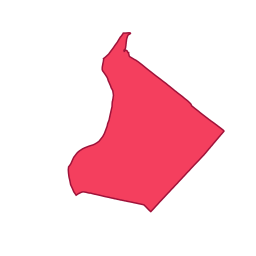 the district of Chau Phu, An Giang, Vietnam, rotated 238°
{"feature_id": "81297802B67223328663780", "entity_name": "Chau Phu", "entity_type": "district", "adm_level": 2, "iso_a3": "VNM", "parent_name": "Vietnam", "parent_adm1": "An Giang", "projection": "albers", "projection_center": [105.199, 10.569], "detail": "fine", "context": "isolated", "style": "filled", "palette": "rose", "viewbox_px": 256, "rotation_deg": 238, "n_neighbors": 0, "source": "geoboundaries", "source_scale": "gbopen_adm2", "svg_char_len": 5597}
<svg xmlns="http://www.w3.org/2000/svg" viewBox="0 0 256 256"><g transform="rotate(238 128 128)"><path d="M45.0,103.0L45.4,104.5L45.7,105.8L46.3,108.0L46.5,108.7L46.8,109.6L47.2,111.2L47.8,113.4L48.4,115.3L49.1,118.1L49.9,121.0L50.0,121.5L50.4,122.9L50.6,123.7L51.0,125.1L51.3,126.2L51.3,126.4L51.7,127.7L51.9,128.7L52.1,129.5L52.9,132.2L53.4,134.4L53.7,135.5L54.1,136.8L54.4,138.0L54.8,139.6L55.0,140.6L55.5,142.1L55.8,143.2L56.1,144.4L56.3,145.2L56.4,145.6L56.9,147.5L57.2,148.4L57.3,148.9L57.6,150.2L57.8,150.8L57.9,151.2L58.2,152.4L58.3,152.5L58.4,153.0L58.7,153.9L58.9,154.9L59.3,156.2L59.4,157.0L59.5,157.4L60.1,159.2L60.3,160.0L61.0,162.7L61.5,164.5L62.4,168.2L62.5,168.5L62.8,169.8L63.1,171.0L63.4,172.0L63.7,173.2L64.0,174.2L64.1,174.9L64.3,175.3L64.6,176.4L64.6,176.5L64.8,177.6L65.2,178.7L65.3,179.0L65.4,179.4L65.5,179.7L65.5,179.8L65.6,180.1L65.8,180.8L66.0,181.3L66.2,181.9L66.2,182.1L66.5,182.7L66.6,183.1L66.7,183.4L66.9,184.1L67.1,184.6L67.1,184.8L67.4,185.5L67.6,186.0L67.6,186.4L67.7,186.7L67.8,186.9L67.9,187.2L68.1,187.8L68.3,188.3L68.5,188.9L68.6,189.5L68.8,190.1L69.4,191.8L69.6,192.4L69.7,192.8L69.9,193.3L70.1,194.1L70.4,194.9L70.5,195.2L70.6,195.6L70.7,196.0L70.9,196.4L71.1,197.1L71.2,197.4L71.4,198.1L71.6,198.7L71.7,199.0L72.3,200.8L72.4,201.3L72.6,201.9L72.9,202.6L73.1,203.4L73.3,204.1L73.8,205.7L74.2,207.0L74.4,207.6L74.5,207.7L74.8,207.8L75.7,207.6L76.1,207.5L76.9,207.2L78.3,206.7L78.8,206.5L79.6,206.2L80.9,205.7L82.7,205.0L83.1,204.9L83.6,204.7L84.3,204.4L84.7,204.2L85.4,204.0L85.9,203.8L86.9,203.4L89.3,202.4L90.2,202.0L91.6,201.5L91.9,201.3L94.0,200.6L95.5,200.0L96.3,199.7L98.5,198.9L100.6,198.1L101.5,197.8L102.2,197.5L103.1,197.2L104.8,196.7L109.1,195.1L111.5,194.3L112.8,193.8L113.3,193.8L113.5,193.8L113.9,193.9L114.0,193.9L114.3,193.9L114.6,193.9L115.1,194.0L116.1,193.8L119.0,193.1L121.0,192.4L123.2,191.6L125.2,191.0L126.6,190.5L130.3,189.1L131.9,188.5L133.8,187.9L134.0,187.7L134.4,187.6L135.0,187.4L135.9,187.1L136.6,186.9L139.2,186.0L140.7,185.5L142.1,185.0L143.1,184.6L145.4,183.9L147.7,183.0L150.0,182.1L152.3,181.3L154.6,180.4L157.7,179.2L160.2,178.3L163.9,177.0L164.9,176.6L167.4,175.7L169.7,174.9L172.1,174.1L174.5,173.3L176.3,172.6L178.8,171.7L179.9,171.2L180.9,170.8L181.5,170.5L182.6,169.8L183.0,169.6L184.0,169.1L184.8,168.7L187.7,167.2L188.3,167.2L188.7,167.3L189.2,167.4L189.5,167.6L189.9,167.7L190.3,167.8L190.6,167.8L190.8,168.0L191.1,168.1L191.4,168.4L191.6,168.5L191.8,168.2L192.0,168.0L192.3,167.9L192.5,167.9L192.8,168.0L193.3,168.1L193.6,168.1L193.9,168.1L194.2,168.0L194.5,167.9L194.7,167.7L195.1,167.4L195.2,167.2L195.4,167.0L195.5,166.9L195.5,166.7L195.4,166.3L195.3,166.2L195.2,166.1L195.0,165.9L194.9,165.8L194.9,165.7L195.0,165.4L195.3,165.5L195.7,165.7L196.1,165.8L196.1,166.2L196.2,166.7L196.3,167.1L196.5,167.4L196.7,167.7L197.0,168.1L197.6,168.7L198.1,169.1L198.5,169.4L198.9,169.8L199.6,170.3L200.1,170.7L200.7,171.2L201.3,171.6L201.8,172.0L202.3,172.5L202.7,172.8L203.2,173.2L203.6,173.5L203.9,173.8L204.4,174.3L204.7,174.6L205.0,175.0L205.4,175.4L206.1,176.3L206.3,176.5L206.5,176.9L206.7,177.3L206.8,177.7L206.8,178.0L206.8,178.6L206.8,179.6L206.8,179.9L206.9,180.2L207.0,180.3L207.3,180.3L207.5,180.2L207.9,179.8L208.1,179.4L208.5,178.8L208.8,178.2L209.1,177.6L209.4,177.0L209.7,176.4L210.0,175.9L210.2,175.5L210.5,175.1L211.0,174.3L210.8,174.0L210.6,173.7L210.4,173.1L210.1,172.5L209.6,171.3L209.3,170.3L209.2,170.2L209.2,169.8L208.7,168.8L207.8,167.0L206.8,165.1L206.5,164.6L206.0,163.3L205.3,161.5L204.8,160.3L203.8,158.1L202.9,155.8L202.3,154.2L201.7,152.7L201.3,151.7L201.1,151.3L200.9,150.7L200.7,149.7L200.3,147.5L200.1,146.4L199.9,144.8L199.9,144.0L199.5,143.9L198.8,143.5L198.4,143.1L197.3,142.2L196.1,141.0L195.1,140.1L193.7,138.8L193.1,138.3L191.9,137.5L191.6,137.3L191.0,137.0L190.6,136.9L190.2,136.9L189.8,136.8L189.4,136.8L188.8,136.9L186.6,137.0L184.6,137.1L184.1,137.1L182.7,137.1L181.8,137.1L181.2,137.0L180.8,137.0L180.3,136.8L179.5,136.6L178.4,136.3L177.7,136.2L176.4,136.1L176.1,136.0L174.8,135.8L173.3,135.6L172.0,135.3L171.2,135.1L170.4,135.0L169.7,135.0L168.9,135.0L168.4,134.9L167.9,134.9L167.1,134.6L165.5,133.9L164.7,133.6L163.8,133.1L163.4,133.0L163.1,132.7L162.8,132.5L162.3,132.0L161.8,131.6L161.4,131.3L160.8,130.8L160.2,130.2L159.2,129.3L158.7,128.7L157.4,127.7L154.6,125.8L151.1,122.3L146.7,118.0L144.7,116.1L142.5,113.1L140.6,111.3L138.3,108.3L135.8,105.0L134.1,102.0L133.0,98.9L132.1,96.5L131.9,93.7L132.0,90.8L132.3,89.0L133.0,86.5L133.4,84.7L134.1,81.0L134.4,78.5L134.3,74.4L134.0,72.4L133.7,71.3L133.0,69.4L132.6,68.4L131.9,66.5L130.7,64.6L129.4,62.7L128.1,60.8L127.2,58.9L126.5,57.0L124.2,55.2L121.2,53.6L117.7,52.0L113.9,50.7L110.3,49.3L106.2,48.8L102.6,48.2L100.9,48.3L98.5,48.4L98.6,51.7L98.4,52.0L98.4,52.7L98.2,54.6L97.7,56.0L97.5,56.3L95.9,58.2L94.6,59.4L93.3,60.7L93.1,61.1L92.5,61.9L91.7,62.6L89.8,64.4L88.6,65.7L86.4,67.9L84.9,69.4L82.8,71.4L81.8,72.4L80.6,73.7L80.3,74.0L80.1,74.2L78.8,75.6L78.6,75.7L78.3,76.0L77.8,76.6L77.6,76.7L76.8,77.6L76.6,77.8L76.3,78.2L76.0,78.3L75.6,78.8L75.4,79.1L75.0,79.3L75.0,79.5L74.8,79.6L74.3,80.2L73.8,80.7L73.4,81.0L73.0,81.5L72.8,81.6L72.6,81.9L72.5,82.0L71.8,82.7L71.6,82.9L71.0,83.4L70.7,83.9L70.3,84.3L70.0,84.6L69.6,85.0L69.2,85.4L68.5,86.2L68.1,86.5L67.0,87.8L66.4,88.3L65.3,89.5L64.6,90.3L64.1,90.8L62.9,92.1L62.1,92.9L61.9,93.0L61.7,93.3L60.9,94.1L60.6,94.4L60.2,94.9L59.6,95.5L59.4,95.7L58.7,96.4L58.0,97.1L56.8,98.4L56.3,98.9L55.9,99.3L55.3,99.9L54.8,100.4L54.3,100.8L54.2,100.8L53.5,100.9L53.3,101.0L52.7,101.2L49.3,101.9L47.4,102.3L45.2,102.9L45.0,103.0Z" fill="#f43f5e" stroke="#9f1239" stroke-width="1.5"/></g></svg>